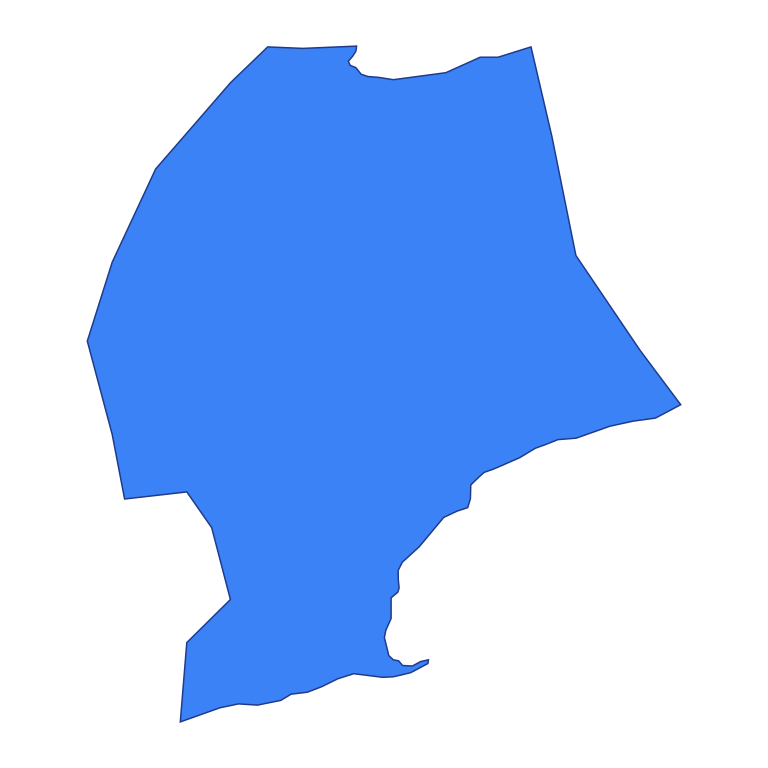 Accra Metropolis, Greater Accra, Ghana (Natural Earth projection)
{"feature_id": "2480657B11720749290533", "entity_name": "Accra Metropolis", "entity_type": "district", "adm_level": 2, "iso_a3": "GHA", "parent_name": "Ghana", "parent_adm1": "Greater Accra", "projection": "natural_earth1", "projection_center": [-0.21, 5.545], "detail": "fine", "context": "isolated", "style": "filled", "palette": "blue", "viewbox_px": 768, "rotation_deg": 0, "n_neighbors": 0, "source": "geoboundaries", "source_scale": "gbopen_adm2", "svg_char_len": 1086}
<svg xmlns="http://www.w3.org/2000/svg" viewBox="0 0 768 768"><path d="M109.7,425.1L112.2,434.4L124.6,499.0L186.8,491.9L211.7,527.7L230.4,599.5L186.8,642.6L180.3,721.9L219.8,707.8L238.5,703.9L257.5,705.1L269.4,702.7L280.8,700.4L291.0,694.2L307.4,692.2L322.1,686.5L337.7,678.8L353.7,673.7L382.6,677.3L393.3,676.8L410.6,672.7L427.9,663.5L428.4,659.8L420.5,661.6L412.4,666.0L402.6,665.5L398.6,660.8L393.3,659.8L388.8,655.6L384.4,637.6L385.8,630.3L391.1,618.5L391.1,597.8L397.8,592.2L399.1,588.0L398.3,579.8L398.2,570.4L402.3,562.2L419.2,546.8L443.7,517.4L456.9,511.2L467.7,507.6L470.4,498.8L470.8,484.9L479.3,476.7L484.1,472.4L494.0,468.9L519.8,457.6L535.2,448.3L546.4,444.2L558.0,439.6L576.0,438.2L609.6,426.3L632.7,421.2L655.4,418.1L680.7,404.7L640.1,350.4L575.9,255.5L551.9,136.5L531.0,46.9L498.1,57.2L480.2,57.2L445.8,72.7L393.3,79.7L379.0,77.4L367.8,76.5L361.1,74.2L355.9,67.7L350.3,65.4L348.3,61.3L352.7,56.2L355.9,51.2L356.6,46.1L302.8,48.4L267.7,46.9L230.4,82.8L199.3,118.7L155.7,168.9L112.2,262.2L87.3,341.1L109.7,425.1Z" fill="#3b82f6" stroke="#1e3a8a" stroke-width="1.5"/></svg>